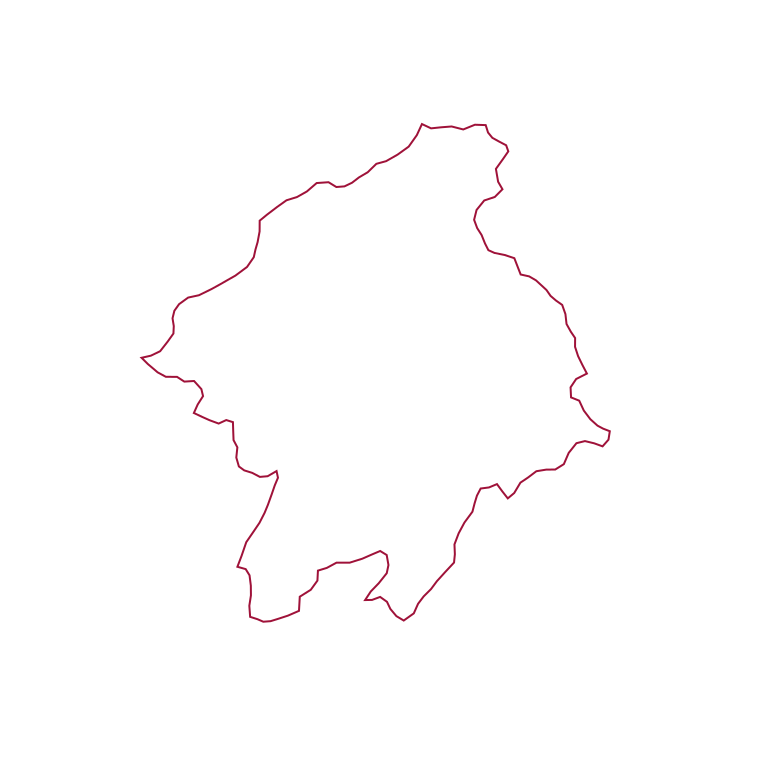 outline of Estiva, Minas Gerais, Brazil, rotated 219°
{"feature_id": "56859067B45558803897902", "entity_name": "Estiva", "entity_type": "district", "adm_level": 2, "iso_a3": "BRA", "parent_name": "Brazil", "parent_adm1": "Minas Gerais", "projection": "equal_earth", "projection_center": [-46.02, -22.455], "detail": "fine", "context": "isolated", "style": "outline", "palette": "rose", "viewbox_px": 768, "rotation_deg": 219, "n_neighbors": 0, "source": "geoboundaries", "source_scale": "gbopen_adm2", "svg_char_len": 2470}
<svg xmlns="http://www.w3.org/2000/svg" viewBox="0 0 768 768"><g transform="rotate(219 384 384)"><path d="M178.8,489.4L185.6,487.2L191.9,486.0L201.5,486.5L212.0,489.1L221.8,493.9L230.2,491.3L236.9,498.8L237.8,508.8L232.9,519.8L241.9,523.7L250.7,527.8L258.9,533.1L264.4,540.0L271.7,542.2L279.9,545.5L287.0,552.5L295.3,557.6L302.9,557.1L310.0,557.3L316.9,559.3L331.1,560.2L338.9,559.0L346.7,555.1L354.4,559.5L361.9,563.8L371.4,560.2L380.6,555.4L387.1,553.7L394.0,556.8L401.9,561.2L409.7,563.8L417.3,568.3L421.6,577.5L421.6,589.7L415.6,599.1L414.5,609.9L422.6,613.0L432.4,621.6L433.1,633.7L433.8,643.0L439.3,646.4L446.8,644.9L454.7,643.5L461.4,644.9L467.9,649.2L476.5,642.7L482.6,631.7L493.5,626.7L501.3,619.3L508.3,612.3L518.1,609.9L515.1,598.1L514.2,584.0L517.8,570.8L522.6,558.5L528.5,550.3L529.9,538.4L533.5,528.7L535.5,520.3L539.1,512.7L545.0,507.1L554.1,505.9L562.8,497.8L565.1,485.1L569.3,474.5L575.4,465.4L578.4,454.6L581.5,441.9L583.4,432.7L576.7,424.3L571.5,414.7L568.5,407.6L565.0,400.6L564.1,388.8L567.7,374.7L571.0,366.3L573.9,358.8L577.8,349.2L583.7,336.5L590.6,327.9L593.5,317.1L593.0,309.0L589.7,302.0L583.8,296.7L579.4,290.7L578.8,280.6L578.6,268.6L583.0,259.3L588.9,251.8L580.1,250.9L567.3,250.6L558.1,252.3L549.3,259.3L540.7,260.2L533.5,266.8L522.7,265.1L517.0,260.7L515.9,250.9L513.5,241.8L504.6,244.0L496.7,246.1L487.6,249.2L483.9,256.7L477.4,259.3L471.8,252.8L465.6,245.7L458.1,242.5L452.5,233.9L444.9,228.6L438.3,228.9L430.5,232.0L422.0,233.7L416.4,239.1L412.7,248.7L407.4,244.4L405.1,236.5L401.9,227.7L398.2,217.1L395.7,208.7L393.4,197.7L392.4,185.9L391.5,174.4L386.5,160.7L382.9,149.7L375.0,153.1L368.1,150.7L360.6,143.5L354.4,136.0L349.1,126.9L341.5,118.8L334.3,121.6L328.2,123.3L322.9,128.3L318.8,134.4L312.9,143.5L307.3,154.2L315.6,165.7L311.4,178.0L312.0,189.3L317.9,197.4L312.7,205.1L308.5,215.2L298.2,223.6L290.9,234.6L286.1,243.9L281.9,251.8L274.3,252.8L266.6,246.1L262.8,238.7L262.7,225.9L263.7,214.4L262.7,204.2L257.4,208.7L253.0,216.1L244.6,216.6L237.5,213.2L228.3,211.4L219.8,212.6L216.5,224.5L219.2,234.6L219.5,243.9L218.4,254.2L218.8,264.1L218.1,276.4L217.2,289.3L221.8,296.3L228.3,303.7L232.0,314.9L234.3,327.0L234.9,340.4L238.5,348.3L241.5,355.7L243.1,363.6L237.3,369.7L233.2,377.3L224.5,375.0L215.8,373.0L214.2,381.2L215.9,393.2L213.2,402.0L210.7,412.1L204.0,419.6L197.1,425.3L193.8,434.9L197.1,446.7L197.2,459.1L191.9,466.1L183.3,470.2L174.9,473.1L174.5,482.0L178.8,489.4Z" fill="none" stroke="#9f1239" stroke-width="2"/></g></svg>